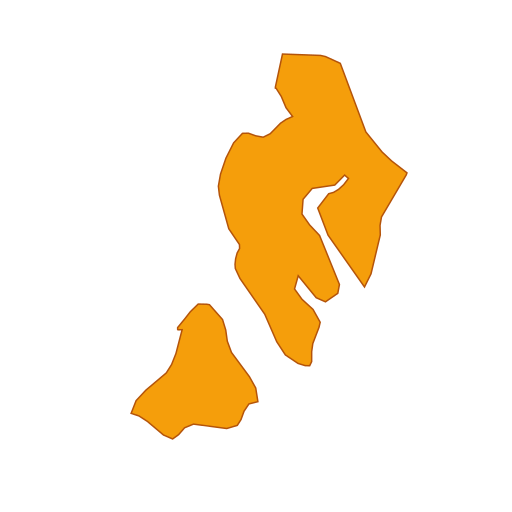 SVG path tracing the border of Biombo, rotated 311°
{"feature_id": "GNB-5500", "entity_name": "Biombo", "entity_type": "Region", "adm_level": 1, "iso_a3": "GNB", "parent_name": "Guinea-Bissau", "parent_adm1": "", "projection": "orthographic", "projection_center": [-15.894, 11.883], "detail": "fine", "context": "isolated", "style": "filled", "palette": "amber", "viewbox_px": 512, "rotation_deg": 311, "n_neighbors": 0, "source": "natural_earth", "source_scale": "10m", "svg_char_len": 1469}
<svg xmlns="http://www.w3.org/2000/svg" viewBox="0 0 512 512"><g transform="rotate(311 256 256)"><path d="M417.8,315.4L415.7,316.2L367.8,325.1L360.5,329.5L353.4,336.0L318.0,354.5L303.8,358.2L319.0,296.7L332.7,271.1L350.7,270.0L354.9,272.8L360.5,274.6L367.3,275.4L375.2,274.9L375.2,269.8L361.2,268.9L343.9,254.1L329.7,254.3L317.8,263.2L314.6,276.2L313.2,290.5L289.2,337.7L281.5,342.2L267.0,338.5L264.0,328.8L268.8,300.8L256.4,306.7L253.5,319.1L253.1,334.1L248.1,347.9L243.6,350.3L227.2,356.3L220.3,360.8L212.8,367.3L208.4,368.5L205.5,365.0L202.5,358.2L200.6,343.1L204.9,327.9L217.8,300.8L228.5,258.7L233.0,248.6L236.0,245.6L240.6,242.4L245.9,239.8L250.9,238.7L253.8,236.0L258.7,217.6L277.9,188.5L284.0,181.8L294.5,175.5L310.2,169.1L326.7,164.9L339.7,165.3L343.7,169.7L346.5,176.9L350.4,183.5L357.6,186.5L372.4,187.4L378.8,189.1L385.3,192.1L387.6,181.4L393.0,170.4L395.8,161.1L395.4,160.5L396.2,159.8L425.8,143.5L449.7,173.1L452.1,177.6L456.7,193.2L421.7,257.5L417.2,282.9L416.7,296.0L417.8,315.4ZM55.3,265.0L68.2,260.4L82.5,260.9L108.9,265.0L118.7,263.5L129.8,259.6L151.9,248.6L149.1,245.5L149.2,245.0L150.6,243.8L161.3,243.5L171.0,243.0L181.8,243.9L187.3,250.5L188.7,252.8L186.1,272.4L180.3,281.7L172.9,290.2L167.1,300.8L160.6,330.2L156.2,342.4L147.3,353.0L139.7,347.7L131.0,348.8L122.7,352.0L115.9,353.0L106.6,347.1L88.1,319.1L79.5,314.8L70.4,314.8L63.2,313.1L60.2,303.6L59.9,282.5L58.5,272.6L55.3,265.0Z" fill="#f59e0b" stroke="#b45309" stroke-width="1.5"/></g></svg>